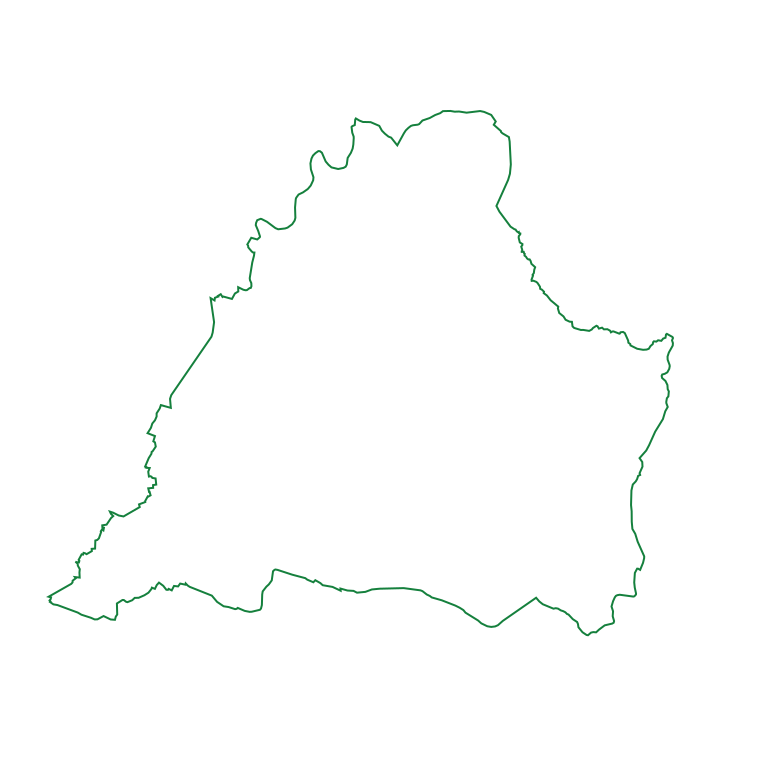 Phanom Thuan, Kanchanaburi, Thailand, rotated 191°
{"feature_id": "78962969B66646972334810", "entity_name": "Phanom Thuan", "entity_type": "district", "adm_level": 2, "iso_a3": "THA", "parent_name": "Thailand", "parent_adm1": "Kanchanaburi", "projection": "albers", "projection_center": [99.694, 14.148], "detail": "fine", "context": "isolated", "style": "outline", "palette": "green", "viewbox_px": 768, "rotation_deg": 191, "n_neighbors": 0, "source": "geoboundaries", "source_scale": "gbopen_adm2", "svg_char_len": 6152}
<svg xmlns="http://www.w3.org/2000/svg" viewBox="0 0 768 768"><g transform="rotate(191 384 384)"><path d="M102.5,426.1L103.0,431.1L104.5,433.0L105.6,437.1L108.3,440.7L112.1,442.9L113.0,444.9L112.7,446.4L110.3,447.6L108.1,449.5L106.9,453.3L106.9,456.0L107.3,457.2L110.2,462.0L110.9,465.0L110.4,469.2L107.9,476.8L108.2,479.3L109.6,481.8L109.1,484.3L109.8,485.2L115.9,487.2L116.6,486.4L116.5,483.1L118.6,481.9L120.0,479.3L123.3,479.2L124.7,477.6L127.2,477.4L127.8,476.4L127.8,474.4L129.6,472.2L130.8,469.1L132.8,467.9L136.2,467.0L142.2,466.9L149.4,468.9L149.9,470.2L152.0,471.2L152.6,473.2L157.3,479.9L159.2,480.7L161.7,479.9L162.1,478.6L162.6,478.3L168.7,479.4L169.9,479.1L171.1,478.0L172.3,479.5L175.2,480.4L178.5,479.6L180.7,480.9L183.6,479.4L185.4,481.4L186.6,481.7L189.6,478.8L190.4,477.2L192.7,475.3L198.8,475.1L201.0,474.6L208.0,475.3L209.9,476.5L211.4,480.9L213.7,480.6L218.0,481.7L220.7,484.6L225.5,487.1L227.7,491.3L227.7,493.2L236.4,498.0L241.0,502.0L244.6,503.7L244.5,505.1L247.1,506.8L248.8,507.2L249.5,509.3L252.6,512.5L254.0,513.3L257.1,513.9L258.7,513.4L259.1,514.6L258.4,518.8L259.0,519.4L258.1,521.5L258.3,524.9L257.9,527.5L262.2,530.1L263.6,532.8L264.8,534.1L266.0,533.8L267.5,534.5L268.9,536.0L270.6,536.9L270.7,538.6L271.3,538.8L272.1,540.4L274.0,540.0L274.1,540.5L273.6,540.8L274.0,542.3L275.5,545.1L274.7,546.6L274.8,547.8L277.7,548.9L279.7,553.2L279.9,554.9L278.8,557.0L278.9,557.8L280.4,558.0L280.7,558.9L281.2,558.5L282.8,559.2L284.3,560.7L285.5,560.8L289.8,562.6L303.6,575.2L307.6,580.2L301.1,608.0L300.5,614.4L301.4,623.7L306.9,645.9L308.5,650.2L315.6,652.7L317.2,653.7L317.5,654.6L325.7,659.4L324.4,663.0L330.1,668.6L337.6,670.2L341.7,670.3L354.7,666.1L362.3,665.8L366.6,664.8L370.9,664.7L378.2,663.1L380.5,660.6L385.1,657.8L389.9,653.8L396.5,650.0L399.1,645.8L400.4,645.0L405.0,643.5L406.8,642.5L408.9,640.1L411.0,637.1L412.3,633.9L416.5,620.8L424.0,627.2L426.8,627.7L430.9,629.9L434.4,632.3L437.9,636.5L447.1,638.5L454.7,637.2L458.4,637.9L462.3,639.3L462.7,638.1L462.1,632.6L464.4,631.0L464.9,630.1L463.1,624.6L461.0,621.1L460.6,619.4L459.8,613.2L459.7,609.1L460.6,604.6L462.8,599.0L462.4,592.4L463.1,590.0L465.0,588.4L470.0,586.3L476.9,586.6L480.3,588.6L483.7,591.3L489.1,599.2L491.3,600.3L492.9,600.1L495.4,597.5L497.3,594.7L498.2,591.5L498.3,586.5L496.7,580.7L492.7,573.5L492.4,570.4L493.8,564.8L496.0,560.9L500.0,556.7L504.0,553.7L505.7,550.1L505.9,548.8L505.0,540.3L502.7,530.2L502.9,527.4L504.6,523.3L508.5,519.1L510.8,517.8L517.4,515.7L520.3,516.3L529.8,520.9L535.7,522.6L536.6,522.6L539.7,520.6L540.3,517.8L540.2,515.5L536.6,510.1L533.9,505.2L533.9,504.4L536.0,501.7L542.2,502.2L544.8,494.9L543.8,493.9L543.3,492.2L539.1,488.8L537.7,488.1L536.3,488.3L536.1,485.1L536.5,478.2L536.0,462.3L535.4,460.4L533.5,457.7L532.8,454.7L533.1,452.9L534.2,452.5L536.5,450.0L537.9,449.6L540.1,449.7L545.6,451.2L544.7,447.0L547.6,444.4L549.5,438.5L558.5,439.2L559.1,438.6L561.4,441.0L563.9,438.7L563.4,438.2L566.4,436.4L566.3,433.7L570.6,435.2L562.6,412.3L562.0,401.8L562.4,397.5L590.7,332.5L591.2,328.6L588.7,319.9L599.0,320.7L599.5,317.1L601.6,311.8L601.0,308.7L601.9,304.7L603.9,301.0L604.4,296.6L606.7,290.6L598.9,289.2L599.5,283.7L597.7,283.0L596.1,279.0L598.3,273.8L599.1,273.1L599.0,271.1L600.8,266.4L602.7,257.4L601.6,257.2L601.8,256.5L601.1,256.4L598.0,256.8L598.7,252.9L597.1,248.3L595.6,248.9L594.5,248.6L593.5,247.6L590.2,247.7L588.4,241.8L591.4,240.7L590.8,238.0L595.5,236.6L594.0,233.2L593.5,233.4L591.9,230.2L594.1,228.3L594.5,228.5L596.1,223.5L595.8,222.6L601.5,219.1L600.3,216.6L614.4,204.3L619.3,204.3L625.3,206.0L628.7,206.4L627.3,204.5L624.6,202.7L626.4,200.3L629.5,193.0L633.6,191.5L633.1,189.6L631.5,189.5L631.5,186.8L633.0,187.6L633.9,185.4L633.4,184.9L634.4,178.1L635.7,176.2L637.5,175.3L636.2,167.3L639.5,166.4L638.9,164.2L643.5,160.2L645.1,160.8L646.7,160.9L646.9,159.1L648.3,159.1L650.2,153.1L649.3,152.3L649.4,151.0L649.9,151.2L650.5,150.2L653.0,150.7L650.4,149.1L649.9,147.3L647.3,144.2L647.0,140.9L645.8,135.9L650.6,135.5L649.5,134.5L652.1,131.5L651.9,129.8L652.8,128.2L672.6,111.2L670.1,111.0L670.2,109.2L671.0,107.7L669.9,106.9L670.3,106.3L666.5,104.6L662.4,104.7L641.0,101.2L637.0,99.8L627.1,98.6L623.2,97.7L620.4,98.3L615.0,102.7L607.4,100.7L603.1,101.2L602.9,104.5L601.9,106.8L604.3,117.6L599.5,122.1L598.2,122.3L595.6,121.0L594.2,120.9L589.9,123.7L587.9,126.5L584.1,127.3L578.9,130.9L575.4,134.2L573.2,138.4L573.0,139.8L569.8,139.2L568.7,143.3L567.0,146.1L562.2,143.8L558.4,140.5L556.8,140.7L556.3,141.8L553.0,140.9L551.6,145.7L547.5,146.0L546.0,149.2L540.6,149.1L540.6,150.4L538.0,148.6L536.0,147.8L512.6,143.4L506.3,138.3L499.0,135.2L494.0,135.4L487.2,134.6L485.7,135.2L484.9,136.3L477.4,134.7L472.4,134.7L470.4,135.2L462.7,138.7L461.9,140.1L461.7,143.7L463.4,154.2L463.5,157.3L460.8,162.6L458.8,165.3L456.7,169.8L457.2,179.0L456.0,180.7L455.1,181.2L452.9,181.2L437.6,179.3L424.2,178.4L422.0,177.3L415.5,175.9L414.0,178.3L408.4,176.4L405.8,174.8L395.8,175.0L387.1,172.8L387.7,174.9L380.5,174.3L374.4,175.1L370.7,174.0L362.6,176.4L356.7,180.0L349.3,182.2L325.7,187.4L308.8,188.4L306.7,188.0L301.8,185.5L298.6,184.7L296.4,183.6L286.0,182.7L271.7,180.1L267.0,178.8L262.9,177.2L260.4,175.1L246.5,169.8L242.8,167.6L236.4,165.9L232.4,166.0L228.7,167.2L226.1,169.0L222.2,174.1L193.9,203.2L190.1,200.2L186.1,198.1L174.8,195.8L172.6,196.7L170.3,196.7L167.2,195.5L164.7,195.2L162.4,194.5L160.5,193.2L158.9,192.9L153.8,189.2L149.0,187.2L147.8,185.4L146.7,182.3L141.8,178.2L137.3,176.3L135.8,176.3L133.3,179.5L131.2,180.4L128.4,180.7L126.0,184.0L121.3,189.2L114.2,192.4L113.0,193.5L112.9,195.2L115.2,199.7L115.8,204.6L118.2,209.0L117.7,214.5L116.7,218.7L115.9,220.3L114.7,221.2L112.4,222.1L98.7,222.9L97.7,223.4L96.5,225.4L96.6,226.4L99.0,232.0L100.5,236.9L101.7,246.4L100.3,251.0L99.4,251.2L97.1,250.4L95.6,257.9L95.4,262.7L95.7,264.5L104.9,277.6L108.8,284.9L112.5,289.1L114.5,296.0L116.6,306.3L118.4,312.3L120.8,326.7L120.6,332.8L118.3,336.4L117.4,338.9L117.0,342.3L115.2,343.6L116.1,345.2L114.5,352.2L115.6,356.7L119.0,360.0L113.9,368.7L112.1,374.5L108.7,389.0L103.5,402.8L102.7,410.9L101.1,415.6L103.2,419.1L103.5,420.3L103.6,424.0L102.5,426.1Z" fill="none" stroke="#15803d" stroke-width="2"/></g></svg>